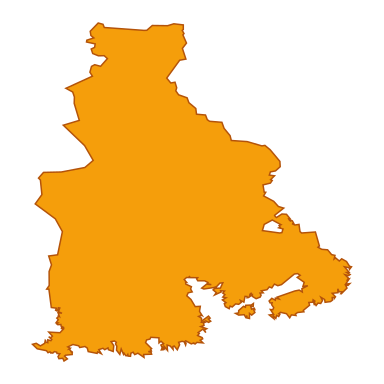 outline of Larvik nor, Vestfold, Norway
{"feature_id": "86288312B65509327591170", "entity_name": "Larvik nor", "entity_type": "district", "adm_level": 2, "iso_a3": "NOR", "parent_name": "Norway", "parent_adm1": "Vestfold", "projection": "equal_earth", "projection_center": [10.003, 59.143], "detail": "fine", "context": "isolated", "style": "filled", "palette": "amber", "viewbox_px": 384, "rotation_deg": 0, "n_neighbors": 0, "source": "geoboundaries", "source_scale": "gbopen_adm2", "svg_char_len": 5972}
<svg xmlns="http://www.w3.org/2000/svg" viewBox="0 0 384 384"><path d="M183.3,24.9L173.8,23.8L167.6,25.7L152.3,25.5L146.8,30.3L144.1,30.4L104.3,27.5L103.0,24.3L98.2,23.0L90.2,31.3L90.9,35.5L93.8,37.9L86.8,40.2L86.5,42.0L95.2,43.9L94.6,47.4L91.2,49.0L92.7,53.5L98.4,55.8L104.2,55.7L107.4,58.6L100.6,66.3L94.7,64.7L91.5,66.4L89.9,72.2L92.4,76.2L65.9,88.3L72.7,92.0L74.4,97.0L74.2,103.4L79.3,120.4L63.3,125.2L84.6,145.6L93.2,160.4L84.9,167.5L61.3,172.0L43.5,172.4L38.5,178.1L40.4,180.0L41.9,194.6L35.2,203.9L55.3,218.8L62.4,231.6L57.6,254.8L48.7,256.0L51.5,264.9L49.1,271.5L49.2,285.5L46.7,289.1L48.9,289.2L51.3,307.5L56.5,308.2L55.6,310.2L56.9,310.9L58.9,308.1L57.9,307.6L59.8,308.0L58.4,311.8L62.0,313.2L58.0,312.7L59.4,316.5L57.9,315.5L58.5,316.6L56.8,318.1L58.3,319.7L56.1,322.7L58.0,322.9L56.8,323.9L57.8,324.7L60.9,324.5L61.1,326.2L64.2,327.7L61.7,327.0L61.4,328.5L63.5,329.0L60.0,332.7L48.8,332.1L52.4,336.1L51.0,337.7L48.7,336.8L51.8,339.4L50.9,340.7L47.8,339.8L47.8,342.7L45.6,342.0L45.7,340.7L45.3,340.3L44.7,343.3L40.4,345.9L36.2,343.3L32.5,344.3L37.2,348.8L46.5,350.7L48.0,352.7L50.0,351.8L51.3,353.6L51.0,352.6L52.8,353.1L54.4,351.6L56.7,352.2L57.0,353.5L59.8,353.7L58.0,356.6L58.9,358.7L62.8,358.3L64.0,361.0L67.4,358.9L64.5,356.1L65.6,355.2L72.2,354.5L72.2,351.3L71.9,352.3L70.5,351.4L71.4,351.5L69.5,349.5L70.1,348.7L69.0,349.0L69.9,348.0L67.8,346.9L72.9,344.5L78.7,345.8L79.7,347.5L85.0,346.5L87.3,348.1L88.2,351.6L97.1,353.4L97.6,351.9L101.3,353.7L98.8,349.6L103.0,348.3L104.7,349.7L108.0,347.9L108.4,349.7L113.2,351.5L113.8,345.7L111.1,341.6L114.5,341.0L116.3,342.3L115.5,344.0L116.8,346.1L116.5,350.2L119.8,354.4L121.2,349.0L123.5,354.3L124.0,353.2L125.8,355.7L127.8,355.8L127.5,355.0L127.8,354.5L128.2,356.1L130.5,356.3L130.9,353.2L133.1,352.2L134.7,354.6L137.9,353.2L144.0,357.4L143.7,354.5L151.6,354.2L151.1,352.3L148.3,351.6L151.4,351.0L150.6,349.3L151.6,348.6L145.6,342.6L146.6,339.9L149.9,339.1L150.8,337.3L158.9,337.8L159.0,342.9L161.0,341.2L163.6,343.6L160.9,345.0L162.2,347.7L161.3,349.9L163.4,349.7L163.2,347.6L164.4,348.7L164.1,346.3L167.5,350.4L167.1,345.1L170.2,346.0L173.1,349.4L172.9,346.5L174.2,346.0L177.3,349.8L179.6,344.7L178.6,342.3L182.1,341.3L184.2,341.8L185.6,345.1L186.1,343.1L184.4,341.9L185.7,340.8L191.3,343.9L194.4,342.7L193.6,343.4L195.1,344.0L196.9,342.4L203.0,342.9L200.2,340.2L202.7,338.8L202.2,337.6L197.6,335.5L199.3,333.5L198.1,332.6L202.9,329.1L205.8,332.6L204.4,329.9L206.7,328.7L200.8,326.6L204.0,325.4L203.5,323.0L204.4,322.6L202.5,322.4L205.8,320.9L208.6,322.4L210.7,321.2L208.3,319.0L210.1,318.1L208.5,316.1L201.5,321.2L201.5,318.2L198.6,316.4L201.3,315.5L200.3,314.6L202.1,315.5L199.5,311.4L200.3,306.3L195.2,306.6L190.9,299.4L186.8,295.8L188.2,292.8L192.2,291.9L190.6,289.0L191.4,286.7L185.8,284.1L185.6,282.0L186.5,282.2L184.2,279.5L186.6,277.5L189.9,277.6L189.0,276.0L190.3,277.6L197.6,277.7L196.6,278.9L197.8,280.8L204.6,280.8L208.0,282.5L207.2,283.6L211.3,284.7L206.5,284.2L201.7,288.1L203.8,289.0L215.5,287.3L214.7,286.8L216.2,287.0L219.9,283.1L222.8,282.8L220.4,288.1L214.8,288.4L213.1,289.9L216.3,292.6L214.7,294.9L221.1,292.0L220.6,290.7L224.5,291.1L222.8,293.1L224.9,294.6L222.8,297.1L226.0,297.8L222.4,299.9L226.0,302.7L224.3,303.6L225.3,306.6L229.2,308.7L230.1,306.1L232.2,307.0L235.6,303.9L238.7,304.3L241.2,302.4L240.4,300.4L243.9,302.1L245.0,296.4L247.0,296.5L247.1,297.8L249.4,297.0L249.9,294.3L251.6,292.8L249.9,296.5L252.4,294.8L252.4,296.4L256.1,298.7L260.2,297.1L261.1,295.2L260.0,293.1L263.2,292.8L261.3,290.8L267.0,289.7L269.3,286.9L271.8,287.9L274.4,284.1L277.8,285.7L281.5,284.6L294.4,274.0L297.6,273.6L300.2,275.3L297.2,277.4L304.2,282.3L302.9,286.4L307.8,285.7L301.9,288.7L302.3,292.0L299.2,290.1L294.7,291.0L277.2,297.1L279.0,299.0L275.4,298.1L275.3,300.2L271.8,298.3L269.1,301.0L270.2,303.0L272.1,302.8L271.6,304.6L273.7,307.6L272.8,309.7L270.4,309.5L273.6,314.4L269.3,315.0L273.9,318.7L273.0,315.5L275.8,318.4L276.7,315.4L278.7,316.5L279.9,314.2L278.7,313.7L280.4,312.3L286.5,313.7L289.7,317.8L291.4,314.9L296.0,315.5L295.4,314.0L297.6,312.5L303.9,311.8L303.3,310.4L309.6,305.2L308.8,302.5L312.8,302.2L313.1,299.8L314.9,301.1L313.7,302.4L314.4,305.2L314.7,303.1L316.1,305.5L318.0,303.1L320.7,303.5L322.5,300.5L320.9,297.3L324.6,299.5L325.1,302.3L330.5,301.6L332.4,300.2L332.2,297.5L334.0,297.4L334.2,298.6L335.5,296.8L332.2,293.3L337.9,292.7L337.8,288.8L339.1,291.8L342.4,291.8L340.8,293.7L341.3,293.8L347.0,288.1L345.6,285.2L348.0,285.4L349.8,283.6L345.6,284.2L349.1,279.0L347.5,279.6L348.4,278.1L345.0,274.7L348.6,275.6L350.1,274.5L346.7,272.5L349.1,272.3L344.5,266.8L349.1,267.7L349.5,269.4L351.5,266.8L349.5,266.2L346.5,261.5L341.7,258.8L339.3,261.0L335.6,257.9L334.1,259.0L335.0,255.4L331.6,254.6L327.6,249.8L321.7,249.3L318.0,247.2L319.4,246.0L315.4,232.0L301.6,233.0L300.0,231.6L299.0,224.4L294.9,225.0L292.0,223.7L294.0,223.9L292.4,220.9L289.2,219.3L291.2,221.4L289.6,220.4L288.6,218.8L289.9,218.5L286.5,214.3L281.9,214.0L276.5,217.5L275.2,216.5L274.6,215.3L283.7,208.1L278.4,206.5L273.7,201.3L263.6,195.9L265.7,192.3L264.2,192.2L263.0,184.9L270.4,183.1L272.2,180.5L270.6,179.7L274.5,175.8L269.3,175.1L270.4,171.9L275.5,170.9L280.2,166.7L279.9,161.4L270.2,149.8L264.9,145.4L261.9,145.9L247.2,141.6L231.3,140.5L230.1,135.7L224.1,128.4L221.9,122.3L209.6,121.3L207.3,119.7L205.5,115.0L196.5,114.2L195.8,108.5L188.9,102.7L187.1,97.8L178.6,94.8L175.8,90.8L176.7,87.8L175.0,82.2L170.8,83.0L166.7,78.1L179.7,60.2L185.9,59.1L182.4,48.4L186.5,43.1L182.9,34.9L184.0,33.6L182.2,30.4L183.3,29.5L183.3,24.9ZM279.7,233.0L262.4,230.6L264.2,224.4L272.3,220.0L281.0,224.7L279.1,225.6L280.1,227.1L278.8,227.8L283.0,229.0L281.9,232.6L279.7,233.0ZM253.4,303.5L251.3,305.0L245.7,305.3L245.4,307.2L243.5,306.3L238.7,310.5L238.6,312.9L235.6,313.4L238.7,315.1L244.2,314.7L245.6,317.2L247.2,315.6L246.3,317.8L249.5,318.5L249.5,313.4L251.7,315.1L254.9,312.5L253.3,309.2L254.8,309.5L254.3,308.2L251.6,309.2L250.7,306.5L253.2,306.5L253.4,303.5Z" fill="#f59e0b" stroke="#b45309" stroke-width="1.5"/></svg>